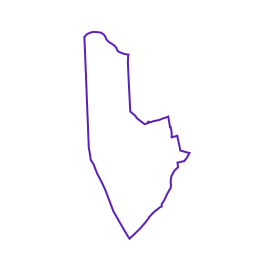 Almoloya del Río, México, Mexico, rotated 67°
{"feature_id": "50627088B78857077813520", "entity_name": "Almoloya del Río", "entity_type": "district", "adm_level": 2, "iso_a3": "MEX", "parent_name": "Mexico", "parent_adm1": "México", "projection": "equal_earth", "projection_center": [-99.49, 19.16], "detail": "fine", "context": "isolated", "style": "outline", "palette": "violet", "viewbox_px": 256, "rotation_deg": 67, "n_neighbors": 0, "source": "geoboundaries", "source_scale": "gbopen_adm2", "svg_char_len": 2896}
<svg xmlns="http://www.w3.org/2000/svg" viewBox="0 0 256 256"><g transform="rotate(67 128 128)"><path d="M150.3,173.9L151.6,174.0L151.9,174.0L154.3,174.1L155.2,174.1L158.1,174.2L160.4,174.0L160.7,173.9L162.5,173.8L163.7,173.7L164.1,173.7L164.8,173.6L165.2,173.6L166.1,173.5L167.5,173.4L169.3,173.3L171.3,173.3L171.7,173.2L173.4,173.2L175.1,173.1L175.5,173.1L175.8,173.1L178.5,173.2L180.9,173.3L183.7,173.4L185.1,173.5L186.6,173.5L189.5,173.6L190.1,173.6L190.6,173.7L191.9,173.7L193.5,173.8L195.6,173.9L197.0,173.9L198.4,174.0L198.7,174.0L199.3,173.9L200.7,173.8L201.0,173.7L202.6,173.5L203.0,173.5L204.0,173.4L204.4,173.3L205.1,173.3L205.7,173.2L207.1,173.0L208.7,172.8L209.4,172.8L210.1,172.7L211.6,172.5L212.4,172.4L214.3,172.2L214.8,172.1L215.4,172.0L217.1,171.8L219.0,171.6L221.8,171.2L227.1,170.5L230.5,169.8L230.0,168.8L228.7,164.9L226.9,160.3L226.3,158.8L225.9,157.7L225.4,156.4L223.9,153.2L222.8,151.1L222.4,150.1L222.0,149.4L221.5,148.6L220.8,147.3L219.7,145.2L219.3,144.6L219.0,144.2L218.6,143.8L218.1,142.9L217.7,142.0L216.2,138.7L215.1,135.6L214.8,134.5L214.7,134.2L214.4,133.0L214.4,132.7L213.5,129.9L213.4,127.6L212.6,127.4L211.1,126.6L210.9,126.3L210.0,124.9L208.5,122.6L206.2,120.2L205.4,119.3L203.3,116.8L202.4,115.6L201.1,113.9L199.8,112.1L198.5,111.4L197.1,110.6L194.7,110.0L191.6,108.3L189.4,107.0L189.3,106.8L187.0,104.1L185.3,101.8L183.7,97.4L183.6,97.2L179.2,96.0L180.0,91.4L180.4,89.0L178.5,85.6L175.1,81.2L174.9,81.5L170.8,86.6L169.2,88.7L166.3,88.0L160.0,86.8L157.8,86.4L154.4,85.7L154.1,88.3L153.7,91.4L153.2,91.3L153.2,91.1L152.4,90.8L150.7,90.2L149.0,89.6L148.5,89.4L147.9,89.3L147.3,89.1L143.8,88.4L143.6,89.0L142.1,88.6L137.7,87.6L136.2,87.2L133.2,86.5L133.2,88.2L133.1,89.7L132.8,91.9L132.9,92.7L132.8,95.1L132.9,95.9L132.7,96.7L131.6,102.2L131.6,103.1L131.6,104.6L130.3,106.4L130.2,106.9L130.3,107.2L130.5,107.5L130.8,107.5L131.3,107.4L130.9,111.3L122.3,116.1L119.8,116.4L113.8,119.5L90.5,111.0L67.3,102.4L66.6,102.0L65.8,101.6L64.8,101.1L63.1,100.4L61.6,99.6L60.6,98.9L60.5,99.1L59.5,100.7L58.6,102.2L57.3,103.7L56.0,105.0L54.7,106.3L53.1,107.4L51.9,107.4L50.5,107.5L49.0,107.6L47.7,108.0L46.1,108.7L43.9,110.2L40.6,112.4L38.6,113.1L37.1,113.3L36.1,113.2L34.6,113.3L32.8,113.7L31.3,114.4L30.0,115.5L28.9,116.7L26.3,121.7L25.8,123.2L25.6,124.6L25.5,127.2L25.7,129.4L26.5,131.1L27.3,132.3L27.2,132.6L30.6,133.9L34.5,135.3L37.5,136.5L40.5,137.6L43.5,138.7L46.8,140.0L50.0,141.2L53.2,142.4L56.4,143.6L59.5,144.8L62.6,145.9L65.6,147.1L68.7,148.3L71.7,149.4L74.8,150.6L77.9,151.7L80.9,152.9L84.0,154.1L87.1,155.2L90.1,156.4L93.2,157.5L96.2,158.7L99.3,159.9L102.4,161.0L105.4,162.2L108.5,163.3L111.6,164.5L114.6,165.7L117.7,166.8L120.7,168.0L123.8,169.1L126.9,170.3L129.9,171.5L133.2,172.3L136.5,173.1L139.8,173.9L140.4,174.1L142.1,174.6L142.7,174.8L145.3,174.3L145.5,174.3L147.6,173.9L149.4,173.9L150.3,173.9Z" fill="none" stroke="#5b21b6" stroke-width="2"/></g></svg>